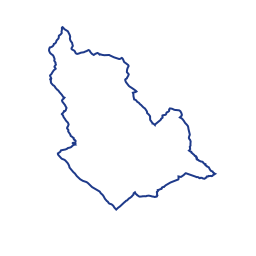 Samacá, Boyacá, Colombia (Equal Earth projection), rotated 104°
{"feature_id": "7082276B67984483460404", "entity_name": "Samacá", "entity_type": "district", "adm_level": 2, "iso_a3": "COL", "parent_name": "Colombia", "parent_adm1": "Boyacá", "projection": "equal_earth", "projection_center": [-73.529, 5.479], "detail": "fine", "context": "isolated", "style": "outline", "palette": "blue", "viewbox_px": 256, "rotation_deg": 104, "n_neighbors": 0, "source": "geoboundaries", "source_scale": "gbopen_adm2", "svg_char_len": 5781}
<svg xmlns="http://www.w3.org/2000/svg" viewBox="0 0 256 256"><g transform="rotate(104 128 128)"><path d="M158.7,45.4L158.5,44.3L158.8,43.3L158.8,41.7L158.4,41.4L158.1,40.8L157.2,40.2L157.0,39.9L156.2,39.9L155.9,39.7L155.8,39.4L155.6,38.5L155.0,38.1L154.9,37.1L154.4,36.0L154.5,35.3L154.1,34.6L152.5,33.7L152.2,33.0L151.7,32.7L151.4,32.4L151.3,32.9L150.9,33.6L150.8,34.2L150.3,35.0L149.8,35.3L149.4,37.4L148.0,38.9L146.6,40.1L146.5,40.6L146.1,42.5L145.7,42.6L145.4,43.2L145.3,43.8L145.1,44.2L144.8,44.4L144.5,44.2L144.3,44.2L144.2,45.4L143.5,46.6L142.9,47.2L142.7,48.1L142.9,48.9L142.6,50.6L142.5,51.3L141.9,52.1L142.1,53.0L141.4,54.0L140.7,53.7L140.4,53.8L140.1,54.6L139.8,54.5L139.4,54.6L138.8,55.5L138.9,56.5L138.1,57.2L137.5,58.6L136.9,59.5L136.7,60.3L135.8,60.8L135.9,61.2L135.7,61.7L135.6,62.2L135.2,63.2L134.8,62.8L134.5,63.0L133.4,62.6L133.1,62.8L132.4,62.9L131.4,63.5L130.0,63.1L128.2,63.6L125.8,64.0L124.4,65.0L123.9,65.8L123.0,66.5L122.5,66.6L121.1,66.6L119.8,66.4L119.3,66.5L114.3,69.1L112.6,69.8L111.6,70.4L110.6,71.7L109.2,73.9L107.8,75.3L106.4,77.0L105.6,78.4L105.2,80.2L103.0,78.9L102.2,78.9L100.5,79.9L99.0,81.3L98.5,82.7L98.9,85.6L99.1,86.6L99.1,87.9L98.7,89.5L98.7,90.7L98.9,92.1L99.6,92.3L100.0,92.6L101.2,92.2L101.7,92.3L102.8,93.2L103.4,94.1L104.1,94.4L104.9,94.3L105.3,94.4L106.0,94.7L106.2,95.0L107.2,97.2L107.5,97.6L108.0,97.6L109.2,97.0L109.7,97.0L111.0,98.1L111.7,98.1L112.5,98.5L118.0,102.6L118.6,102.6L118.0,103.6L117.7,104.6L117.6,104.9L117.7,105.3L117.3,105.4L117.1,105.6L116.2,106.8L115.6,107.3L115.3,107.9L114.6,108.5L112.1,109.2L111.6,109.3L111.0,109.7L109.7,111.4L109.0,112.9L108.6,113.2L107.8,113.4L107.2,113.8L105.2,116.0L104.9,116.4L104.3,118.0L103.4,119.5L102.5,120.8L102.2,121.7L101.9,122.2L100.9,123.6L100.3,125.5L99.4,126.5L99.1,127.0L98.8,128.1L98.8,128.9L95.6,130.5L94.0,130.9L92.6,131.8L91.3,129.4L90.5,128.6L90.1,129.2L89.1,131.6L88.1,134.3L87.4,136.4L87.0,137.3L84.0,141.1L82.6,142.1L81.6,142.4L81.1,142.1L80.5,141.4L80.1,141.1L79.5,141.1L77.2,140.4L75.7,140.3L74.6,141.8L74.2,142.5L73.3,142.8L71.2,143.0L69.2,142.8L68.2,142.4L67.5,142.5L66.9,143.0L65.6,145.9L65.1,147.3L64.8,147.8L62.6,149.4L61.7,150.4L61.5,151.0L62.7,152.2L63.1,153.0L63.2,153.3L62.8,158.7L62.0,162.9L61.7,163.9L63.1,168.6L63.3,170.8L63.2,172.7L63.7,173.1L63.6,173.5L62.9,174.4L62.6,175.8L63.9,177.6L65.4,178.9L64.9,180.6L64.4,181.5L63.5,182.8L62.2,184.0L61.9,185.1L62.7,186.1L63.3,186.6L64.1,187.9L65.2,189.2L66.3,191.9L67.4,193.4L68.3,194.9L68.4,196.0L67.9,197.0L66.4,198.2L66.0,198.8L65.3,201.4L64.8,202.0L64.2,202.1L61.8,201.4L61.4,201.5L60.1,202.3L58.8,202.9L57.8,204.3L56.5,205.4L55.3,206.0L53.3,206.2L51.8,207.1L48.9,209.6L48.7,209.8L47.5,213.5L47.1,214.2L46.3,215.1L46.0,216.0L46.6,216.4L46.9,216.4L48.4,215.9L50.6,215.8L51.7,215.3L52.1,215.3L53.5,216.0L54.3,216.6L55.0,217.3L55.3,217.4L56.9,217.1L58.0,217.1L59.7,218.1L60.5,218.5L62.3,218.6L62.9,218.8L64.1,219.7L64.4,220.3L65.6,220.3L66.3,220.5L67.4,221.3L68.7,223.0L68.8,223.4L70.5,223.6L72.1,223.3L74.0,221.8L74.8,220.4L75.6,218.4L76.6,217.4L77.2,217.1L78.2,216.3L79.0,215.9L80.3,215.9L80.8,215.6L82.0,214.2L82.9,214.0L83.7,213.4L84.0,213.3L85.8,214.1L86.3,214.2L86.7,214.0L87.3,213.1L88.0,212.5L90.0,214.0L92.5,214.9L94.3,215.4L95.3,216.1L95.8,216.3L96.2,216.3L96.4,216.1L98.1,214.7L98.5,214.5L99.0,215.1L99.5,215.3L99.8,215.0L100.0,214.4L101.0,214.4L101.6,214.0L102.2,213.9L102.9,213.5L103.2,213.1L104.6,211.1L104.9,209.9L105.9,208.6L106.3,208.4L108.0,205.9L108.2,205.2L109.0,204.0L109.6,203.4L111.9,200.1L113.6,198.3L113.9,197.0L115.0,197.5L116.0,198.3L117.2,198.7L118.3,198.1L121.2,194.4L122.0,193.9L123.2,192.6L123.5,192.5L124.6,192.7L125.3,192.6L126.6,193.0L126.8,193.3L127.0,194.1L127.7,194.0L127.9,194.3L129.1,194.7L130.4,195.6L130.5,195.6L130.8,195.1L131.6,194.0L132.7,193.4L133.9,192.1L134.7,191.1L135.5,190.4L136.4,189.2L137.2,187.8L138.1,187.0L139.2,186.4L139.7,186.6L141.3,186.7L141.8,187.1L142.9,187.1L143.4,186.7L144.0,185.7L144.6,185.3L145.5,185.3L145.9,185.1L148.0,182.7L148.7,182.1L149.1,182.0L149.6,181.6L149.8,180.8L150.9,178.3L151.2,178.4L152.1,177.8L152.3,176.9L152.6,176.7L152.8,176.7L153.0,175.9L153.3,175.7L154.2,175.6L155.4,175.6L155.9,175.2L156.1,175.4L156.1,175.6L155.6,176.7L155.5,177.3L155.8,177.9L156.0,178.0L156.5,177.3L156.5,176.9L156.8,176.6L156.7,176.1L157.0,175.5L157.3,176.3L157.8,176.8L158.3,177.3L160.3,178.6L160.8,179.2L162.0,181.5L162.3,181.8L162.7,181.9L163.9,183.4L165.5,186.8L166.0,187.7L167.3,187.9L167.8,188.2L168.1,188.6L169.1,189.3L169.6,189.9L170.5,189.6L171.1,189.0L173.6,185.3L174.0,184.3L174.0,183.5L174.2,182.2L174.6,181.1L176.6,178.1L177.9,176.8L179.4,175.7L180.5,175.2L184.0,170.4L185.0,168.5L187.0,166.1L189.3,162.0L190.2,159.0L190.5,155.1L191.1,153.6L194.0,148.6L196.5,140.1L197.9,138.6L199.0,136.5L200.1,135.2L202.3,133.2L204.0,130.8L204.3,129.9L204.8,129.3L205.4,128.7L205.9,127.8L206.0,125.7L206.4,124.6L207.2,123.3L208.5,122.0L210.0,119.7L207.9,118.4L206.0,116.8L200.6,113.3L200.1,112.8L199.2,112.4L198.4,111.3L196.2,110.1L195.5,109.3L193.6,107.8L192.6,107.4L191.4,106.6L190.0,106.7L188.7,105.7L189.9,104.7L190.7,103.0L191.0,102.8L191.3,101.7L191.6,101.1L191.8,100.2L191.5,99.2L190.9,97.6L190.6,97.1L190.4,96.1L190.2,95.5L189.9,94.0L189.4,93.5L188.6,91.5L188.5,89.3L188.6,88.2L188.4,86.3L188.5,85.4L188.3,84.9L187.8,84.4L187.7,83.6L187.3,83.4L186.9,83.3L186.5,83.4L186.2,83.2L185.4,83.8L183.7,84.1L183.3,84.5L182.9,84.5L181.9,83.7L181.0,84.1L180.3,82.7L179.6,82.0L179.0,80.8L178.6,80.6L178.1,80.8L177.5,80.6L176.7,79.6L176.5,78.8L175.9,78.6L175.3,78.1L174.6,77.7L170.6,73.6L166.9,68.4L165.9,66.9L165.1,66.6L162.8,67.3L162.7,65.0L162.6,64.7L160.2,62.6L158.0,61.2L157.9,60.8L158.8,51.2L158.9,50.3L159.1,49.7L158.8,48.8L158.8,48.0L158.9,47.4L159.3,46.9L159.4,46.5L159.1,45.8L158.7,45.4Z" fill="none" stroke="#1e3a8a" stroke-width="2"/></g></svg>